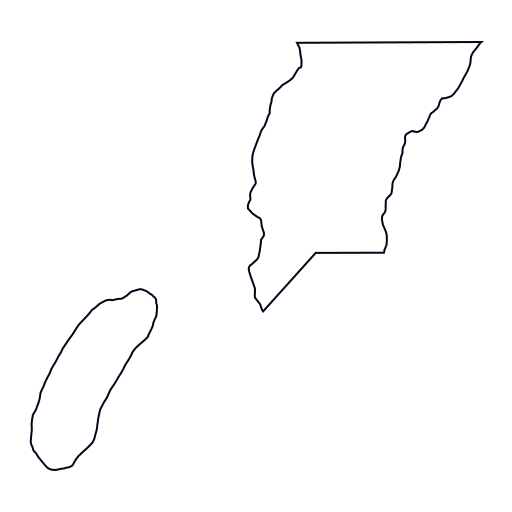 South Thiladhunmathe, Maldives (Albers equal-area conic projection)
{"feature_id": "70690204B40080676832228", "entity_name": "South Thiladhunmathe", "entity_type": "district", "adm_level": 2, "iso_a3": "MDV", "parent_name": "Maldives", "parent_adm1": "", "projection": "albers", "projection_center": [72.871, 6.495], "detail": "fine", "context": "isolated", "style": "outline", "palette": "ink", "viewbox_px": 512, "rotation_deg": 0, "n_neighbors": 0, "source": "geoboundaries", "source_scale": "gbopen_adm2", "svg_char_len": 4454}
<svg xmlns="http://www.w3.org/2000/svg" viewBox="0 0 512 512"><path d="M383.9,252.7L384.2,252.0L384.3,251.2L384.4,249.8L385.1,248.6L385.7,246.9L386.5,245.0L386.7,243.0L386.9,239.9L386.7,234.9L385.8,231.6L384.5,228.4L383.0,224.9L382.2,221.2L381.9,218.3L382.3,215.9L383.4,214.1L384.6,212.7L385.4,210.9L385.7,208.8L385.6,206.7L385.7,204.8L385.8,202.2L385.8,200.6L386.8,198.7L388.3,196.9L390.0,195.3L391.4,193.6L391.9,190.7L392.3,187.4L392.5,184.3L392.8,182.3L393.8,179.9L396.0,176.8L396.9,174.7L398.0,172.3L398.8,170.6L399.2,168.9L399.8,167.0L400.0,165.0L400.2,162.4L400.6,159.9L401.0,157.3L402.5,152.8L402.5,151.3L402.6,149.4L402.9,147.5L403.4,146.5L404.1,145.2L404.6,144.1L405.0,142.9L405.3,140.6L405.1,139.0L405.0,137.6L405.1,136.4L405.4,135.6L406.5,134.0L408.5,132.9L411.0,131.4L412.6,131.0L413.5,131.4L414.8,131.6L416.2,132.1L418.2,131.8L420.5,130.6L422.2,129.7L423.9,127.9L424.8,126.6L425.6,124.7L426.3,123.3L427.3,121.7L427.9,120.3L428.5,118.9L429.4,116.9L429.8,115.5L430.4,114.4L431.4,113.1L432.6,112.4L433.9,111.3L435.6,109.7L437.1,108.6L438.7,105.7L439.5,102.7L440.4,100.5L442.0,98.4L444.7,98.2L446.6,97.8L448.9,97.1L450.9,96.4L452.6,95.1L454.5,93.1L456.1,90.9L457.3,89.5L458.6,87.6L459.6,85.7L461.0,83.2L462.6,80.3L463.6,77.9L464.8,76.0L465.9,73.9L467.3,71.5L468.2,69.3L469.2,66.9L469.8,65.3L470.2,63.7L470.5,62.1L470.6,60.4L470.7,58.8L470.9,57.8L471.2,56.0L471.6,55.2L472.6,53.2L473.0,52.4L474.1,51.0L474.9,50.1L476.1,48.6L477.1,47.3L478.3,45.7L480.2,42.9L481.3,42.0L297.0,42.8L298.3,45.4L299.4,47.5L300.2,51.5L300.5,55.2L301.1,57.9L301.5,60.0L301.5,62.8L301.5,65.1L301.2,66.7L300.8,67.4L299.1,67.9L298.1,69.1L296.8,71.2L295.4,73.4L293.7,76.4L292.7,77.9L290.2,80.1L288.3,81.4L286.0,83.0L284.3,83.9L282.1,85.3L280.4,87.2L278.7,88.9L276.6,90.6L274.5,92.7L273.3,94.5L272.4,96.7L271.7,99.1L271.5,101.8L270.7,104.1L270.4,105.7L270.1,107.1L269.6,110.8L269.8,112.4L269.4,114.1L268.5,115.2L267.4,118.0L266.7,120.7L265.6,123.2L264.5,126.1L262.4,128.8L260.9,131.6L259.6,135.5L257.8,139.9L256.1,144.4L254.7,148.1L253.2,152.5L252.4,156.3L252.2,161.5L252.5,165.0L253.6,170.9L253.8,173.7L254.4,176.7L255.3,179.8L255.8,182.3L255.6,183.6L254.1,185.9L253.2,187.2L251.9,189.5L250.8,191.7L250.2,193.6L250.0,195.6L250.4,198.1L250.4,199.7L249.2,201.8L248.2,204.2L247.8,206.5L248.0,208.6L249.8,210.5L252.6,213.6L255.7,215.8L258.0,217.3L259.7,218.0L260.9,219.8L261.4,222.8L261.7,225.9L262.6,229.0L263.4,231.2L264.0,233.1L263.8,235.8L262.4,237.8L261.1,239.7L260.9,241.9L260.7,244.3L260.1,248.0L259.7,251.4L259.1,253.6L258.8,255.3L258.5,257.0L257.1,259.4L254.6,261.6L252.0,264.1L250.5,265.1L249.4,266.3L248.7,268.6L249.2,271.6L250.3,275.3L251.1,277.6L252.6,281.8L253.7,284.9L254.6,287.4L255.0,289.3L254.9,292.0L254.8,294.9L254.9,297.6L255.8,298.7L257.1,300.3L258.5,302.2L259.9,303.8L260.7,305.9L261.3,307.8L261.9,309.4L262.3,310.3L263.1,311.4L315.7,252.9L383.9,252.7ZM156.8,311.7L157.0,307.6L157.0,305.4L156.2,303.2L156.2,300.4L155.7,298.9L155.0,297.8L153.7,296.6L152.6,295.6L151.5,294.4L150.1,293.9L147.6,291.8L145.6,290.8L143.3,289.9L141.9,289.4L139.9,289.2L137.3,289.8L134.6,290.7L132.0,291.3L130.1,292.5L128.5,294.1L126.9,295.5L124.6,297.0L122.8,298.2L120.9,298.8L117.3,299.0L113.1,300.1L109.6,299.8L106.2,300.3L102.8,302.0L99.6,303.8L94.4,308.3L92.2,309.8L90.4,312.0L89.0,313.8L87.6,315.3L86.0,317.1L79.6,323.8L78.0,325.9L75.8,329.2L72.9,333.9L69.9,338.0L66.5,342.9L62.8,348.4L60.9,352.4L58.3,356.6L55.7,361.8L53.1,365.9L51.3,369.2L49.7,373.3L47.1,378.1L45.1,382.2L43.6,386.2L42.2,389.1L40.5,392.8L40.0,396.6L39.5,399.2L38.6,402.4L36.1,409.3L34.5,412.2L32.9,414.9L32.1,419.4L31.6,424.0L31.8,430.0L31.1,436.9L30.7,441.8L31.4,444.9L32.5,447.1L33.5,450.6L36.0,453.2L38.2,456.9L39.9,458.9L41.1,460.5L42.9,462.6L45.8,466.1L48.0,468.2L50.1,469.2L52.3,469.8L55.5,470.0L58.5,469.4L61.5,468.7L64.0,468.5L65.8,467.8L67.8,467.5L69.8,466.9L71.5,466.1L72.8,465.0L74.1,462.4L76.2,459.0L78.5,456.0L84.3,450.6L87.1,448.1L90.0,445.2L92.5,442.5L94.1,439.4L95.0,436.1L95.6,433.7L96.4,431.1L97.1,427.6L97.3,424.8L97.8,422.1L98.1,419.1L98.8,415.6L100.2,409.4L104.1,402.0L106.8,397.9L108.2,394.7L110.5,389.7L112.8,386.3L114.8,383.3L117.1,379.4L119.1,376.0L121.2,372.8L123.4,368.8L124.9,365.6L126.8,362.5L129.0,359.1L131.2,355.2L132.3,352.5L134.0,350.0L136.2,347.5L138.9,345.0L140.8,343.3L143.0,341.5L145.5,339.2L147.5,337.3L148.7,334.5L151.1,329.7L152.7,326.2L153.3,323.0L154.9,318.9L155.8,317.3L156.5,315.2L156.5,313.4L156.8,311.7Z" fill="none" stroke="#020617" stroke-width="2"/></svg>